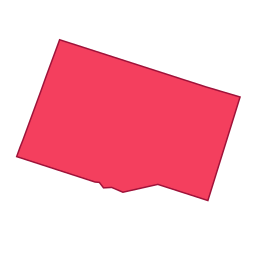 Grady, Georgia, United States of America (orthographic projection), rotated 107°
{"feature_id": "52423323B79545259368110", "entity_name": "Grady", "entity_type": "district", "adm_level": 2, "iso_a3": "USA", "parent_name": "United States of America", "parent_adm1": "Georgia", "projection": "orthographic", "projection_center": [-84.202, 30.877], "detail": "fine", "context": "isolated", "style": "filled", "palette": "rose", "viewbox_px": 256, "rotation_deg": 107, "n_neighbors": 0, "source": "geoboundaries", "source_scale": "gbopen_adm2", "svg_char_len": 377}
<svg xmlns="http://www.w3.org/2000/svg" viewBox="0 0 256 256"><g transform="rotate(107 128 128)"><path d="M65.6,29.9L65.9,66.1L63.6,219.2L66.0,219.3L104.7,221.5L105.2,221.5L118.3,222.1L170.7,225.0L177.9,225.6L187.9,226.1L189.3,143.8L188.4,139.5L192.4,133.9L189.6,126.2L190.9,114.1L173.2,83.0L174.0,30.4L65.6,29.9Z" fill="#f43f5e" stroke="#9f1239" stroke-width="1.5"/></g></svg>